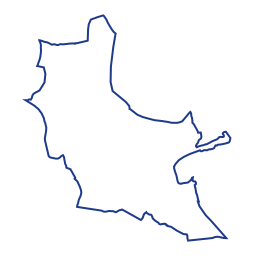 outline of Union, Castries, Saint Lucia
{"feature_id": "8701671B1865604971664", "entity_name": "Union", "entity_type": "district", "adm_level": 2, "iso_a3": "LCA", "parent_name": "Saint Lucia", "parent_adm1": "Castries", "projection": "albers", "projection_center": [-60.963, 14.03], "detail": "fine", "context": "isolated", "style": "outline", "palette": "blue", "viewbox_px": 256, "rotation_deg": 0, "n_neighbors": 0, "source": "geoboundaries", "source_scale": "gbopen_adm2", "svg_char_len": 5839}
<svg xmlns="http://www.w3.org/2000/svg" viewBox="0 0 256 256"><path d="M222.8,133.5L222.8,133.8L222.9,134.0L223.1,134.4L223.5,134.9L223.7,135.1L223.8,135.3L223.9,135.6L223.9,136.1L223.8,136.5L223.7,136.7L223.3,136.9L222.8,137.0L222.2,137.0L220.3,136.9L219.5,137.0L219.2,137.2L218.9,137.4L217.9,138.6L217.2,139.2L215.7,139.9L215.1,140.1L212.4,141.2L211.2,141.8L209.7,142.7L207.2,144.0L206.7,144.2L206.5,144.3L206.0,144.4L205.4,144.4L204.9,144.6L204.1,144.9L203.7,145.1L203.4,145.2L202.7,145.3L201.0,145.7L199.9,146.0L198.6,146.4L198.1,146.6L197.4,147.0L196.8,147.3L196.4,146.9L196.0,146.1L196.0,145.8L196.7,144.3L197.7,143.0L198.0,142.6L198.2,142.1L198.3,141.8L198.6,140.9L198.7,140.5L198.8,140.2L199.6,139.5L200.4,139.0L200.8,138.6L201.0,138.4L201.1,137.9L201.3,137.5L201.4,137.1L201.4,136.8L201.3,135.7L200.9,133.6L200.8,133.0L200.8,132.7L200.7,132.5L198.1,132.7L197.8,131.7L197.7,131.3L197.5,130.8L197.2,130.4L197.0,129.8L195.4,127.1L194.8,126.0L194.7,125.6L194.4,125.2L194.2,124.8L193.8,124.2L193.2,123.5L192.8,123.2L192.4,122.7L192.4,122.2L192.4,121.6L192.4,121.2L192.4,120.5L192.3,120.0L192.2,119.4L192.1,118.3L192.0,117.9L191.4,116.3L191.3,115.4L191.2,114.8L191.2,114.1L191.2,113.7L190.8,112.7L190.3,111.9L189.8,112.3L187.6,114.9L184.7,118.4L182.2,121.3L179.9,122.2L177.4,122.8L171.8,122.8L167.6,121.9L161.7,121.0L154.7,120.2L148.8,118.7L142.7,117.0L137.3,114.7L130.3,109.2L128.8,108.6L129.6,108.5L129.3,106.1L125.9,102.0L112.6,91.0L110.6,82.1L110.9,66.6L113.3,47.0L115.6,33.5L113.8,32.0L112.0,29.7L109.8,26.2L107.9,22.9L106.4,19.6L104.0,16.1L103.2,15.4L97.1,17.3L90.8,19.6L88.8,24.2L88.1,29.2L87.7,40.7L75.6,43.5L75.2,43.2L74.8,43.7L72.7,43.4L71.9,43.5L70.0,43.6L69.1,43.6L68.4,43.7L67.1,44.0L65.9,44.0L65.3,44.1L64.1,44.3L61.9,44.3L60.9,44.1L60.1,44.2L58.6,44.9L57.7,45.0L57.1,45.0L56.3,44.8L54.5,44.3L54.1,44.2L51.8,44.7L49.7,43.5L46.8,42.2L44.9,42.0L41.7,40.8L39.3,40.2L39.3,40.4L40.1,42.2L40.4,42.7L40.5,43.3L40.8,44.7L40.8,45.1L40.9,45.6L40.8,47.8L40.8,48.4L41.0,49.5L41.0,49.8L40.9,52.4L40.4,56.3L40.1,57.8L39.6,59.4L39.3,60.6L39.0,61.2L38.7,61.9L37.7,65.0L37.2,66.0L43.8,67.4L45.4,73.9L44.5,82.5L40.0,89.7L39.6,90.3L38.4,91.1L35.9,92.4L34.3,93.3L33.4,94.0L32.8,94.8L32.2,96.3L32.0,97.5L31.0,99.5L30.4,99.7L29.4,99.4L29.0,99.4L28.7,99.6L27.9,100.3L27.1,100.3L26.2,100.2L25.6,100.2L34.6,105.8L36.0,107.1L36.9,107.8L38.0,108.7L38.6,109.3L39.3,110.2L39.9,111.1L40.8,112.3L41.3,112.8L42.9,116.1L43.8,118.0L44.6,121.7L45.3,123.2L45.9,126.0L46.3,127.7L46.1,131.0L45.4,135.0L44.8,138.8L45.2,141.3L48.7,156.1L49.8,157.1L50.4,157.5L53.5,158.1L55.7,158.6L57.9,158.6L59.8,157.6L61.4,156.0L63.0,155.2L64.1,157.4L64.3,159.1L65.2,163.9L66.1,165.5L66.4,167.7L70.5,169.3L70.5,169.5L72.0,171.9L73.4,174.5L75.3,177.8L74.6,178.8L77.3,181.3L79.7,186.4L81.0,190.2L81.3,192.6L81.0,194.5L80.3,196.6L79.4,198.5L78.7,200.3L78.1,203.2L77.3,205.1L77.1,206.9L101.9,210.7L103.4,211.5L104.4,211.7L105.0,211.7L106.4,211.6L106.7,211.5L109.0,211.0L110.1,211.0L111.4,211.2L112.9,211.1L114.0,211.6L115.8,212.2L116.2,212.1L119.3,210.3L120.4,210.0L121.5,209.8L122.1,209.5L140.9,220.0L141.3,219.6L141.7,219.2L142.0,218.8L142.2,218.5L142.5,218.2L142.6,217.8L142.9,217.3L143.1,216.7L143.3,216.0L143.5,215.7L143.6,215.4L143.7,214.8L143.9,214.4L144.1,214.3L144.3,213.9L144.9,213.2L145.3,213.1L146.3,212.3L146.4,212.7L146.6,212.7L146.8,213.0L147.1,213.2L147.4,213.4L147.7,213.5L148.0,213.7L148.1,213.8L148.4,213.9L148.6,214.2L148.9,214.4L149.2,214.5L149.7,214.6L151.0,214.7L151.2,214.9L151.4,215.0L151.5,215.1L151.8,215.7L152.2,216.7L152.4,217.0L152.4,217.3L152.6,217.8L152.7,218.1L152.7,218.3L153.0,218.6L153.3,218.8L153.4,219.1L153.7,219.4L154.0,219.6L154.2,219.8L154.6,220.2L154.9,220.4L155.1,220.5L155.3,220.8L156.3,221.4L156.4,221.5L156.6,221.7L157.4,222.0L157.7,222.2L158.1,222.6L158.6,223.0L158.9,223.4L159.0,223.7L159.6,224.2L160.0,224.3L160.5,224.4L161.7,224.1L162.1,224.0L162.6,224.0L162.9,224.0L163.3,223.9L163.8,223.9L164.1,223.9L164.4,223.9L164.6,223.7L165.0,223.9L165.7,224.1L166.1,224.3L166.1,224.5L166.1,224.9L166.2,225.1L166.4,225.4L167.4,225.4L167.6,226.0L171.1,226.8L176.6,230.5L183.3,234.0L186.9,234.5L187.0,235.0L187.3,235.5L187.3,235.8L187.4,236.1L187.4,236.6L187.3,237.3L187.3,237.7L187.4,238.1L187.5,238.2L187.5,238.4L187.6,238.8L187.6,239.1L187.9,240.1L188.0,240.2L188.1,240.6L212.8,238.0L213.4,237.6L213.9,237.4L214.4,237.3L214.8,237.1L215.1,237.1L216.6,236.8L217.4,236.7L217.9,236.8L218.5,236.8L219.0,237.0L219.3,237.1L220.1,237.2L220.6,237.3L221.0,237.3L221.4,237.5L221.6,237.5L222.3,237.7L222.9,237.8L223.4,237.9L223.8,238.0L224.7,238.0L225.2,238.1L226.3,238.1L211.2,220.9L205.7,215.2L199.5,206.3L198.0,202.0L198.6,202.2L198.9,201.8L198.2,199.9L197.8,198.5L197.6,197.5L197.5,196.9L197.4,196.3L197.1,195.3L196.8,194.2L196.5,193.6L196.3,193.2L196.0,192.0L195.8,190.4L195.6,189.4L195.6,188.8L195.1,187.2L194.9,186.6L194.8,185.6L194.8,184.9L195.9,184.1L195.9,182.5L195.0,181.4L193.7,181.4L192.6,180.7L192.6,179.2L192.9,177.4L192.1,177.7L191.1,179.8L189.8,181.0L187.8,182.6L184.1,183.0L180.7,183.8L178.6,183.2L177.7,181.5L176.4,175.4L175.3,172.4L174.2,168.7L174.0,166.7L175.5,164.0L178.8,160.2L183.8,156.9L189.6,154.1L199.9,150.3L200.1,150.7L200.4,150.9L200.8,151.1L201.1,151.3L202.0,151.2L202.8,150.8L203.4,150.4L203.9,150.4L204.4,150.2L204.8,150.1L206.0,150.2L207.0,150.3L207.2,150.2L208.1,149.8L208.5,149.5L208.9,149.5L209.7,149.2L210.1,149.3L210.6,149.2L210.9,149.3L212.2,148.9L212.7,148.9L213.2,148.6L213.7,148.3L214.1,148.1L214.4,147.7L214.5,147.1L214.7,146.7L215.0,146.2L215.3,145.8L215.6,145.4L216.9,145.6L217.2,145.3L217.5,144.8L220.2,144.5L221.2,144.4L222.9,144.0L225.5,143.5L229.0,142.4L229.2,142.1L229.4,141.7L229.7,141.1L229.9,140.6L230.0,140.1L230.3,138.4L230.4,138.0L225.9,131.8L225.3,131.8L224.8,131.9L224.1,132.1L223.8,132.3L223.5,132.5L223.1,132.9L222.9,133.2L222.8,133.5Z" fill="none" stroke="#1e3a8a" stroke-width="2"/></svg>